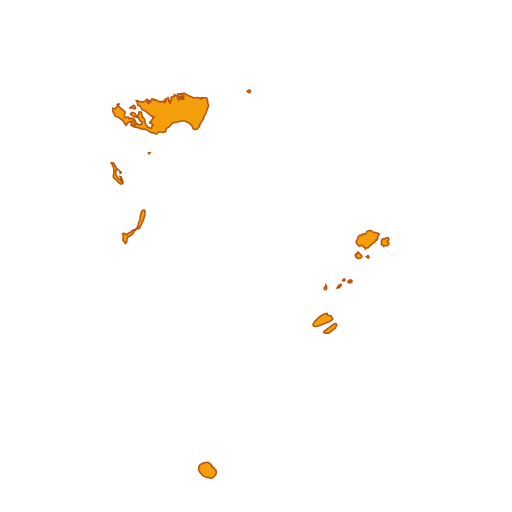 Kamaran, Al Hudaydah, Yemen (Albers equal-area conic projection), rotated 249°
{"feature_id": "15242507B40747525321849", "entity_name": "Kamaran", "entity_type": "district", "adm_level": 2, "iso_a3": "YEM", "parent_name": "Yemen", "parent_adm1": "Al Hudaydah", "projection": "albers", "projection_center": [42.46, 15.285], "detail": "fine", "context": "isolated", "style": "filled", "palette": "amber", "viewbox_px": 512, "rotation_deg": 249, "n_neighbors": 0, "source": "geoboundaries", "source_scale": "gbopen_adm2", "svg_char_len": 6157}
<svg xmlns="http://www.w3.org/2000/svg" viewBox="0 0 512 512"><g transform="rotate(249 256 256)"><path d="M442.6,174.1L436.9,174.7L434.7,177.3L430.2,180.2L424.9,181.3L424.4,181.7L426.0,183.6L426.4,184.8L426.1,186.8L425.2,187.9L425.8,187.9L426.7,186.1L426.2,188.1L425.4,188.8L421.7,190.1L421.2,188.9L421.8,188.1L423.5,187.3L423.6,186.7L424.5,186.7L423.4,186.2L422.4,186.5L420.9,188.1L419.7,188.8L418.3,191.5L415.6,194.7L413.9,198.2L408.8,202.4L407.3,204.8L405.5,206.7L406.6,209.4L405.8,212.0L404.6,213.4L404.4,216.0L407.0,218.0L407.5,219.0L407.5,220.6L410.0,225.4L408.7,235.1L407.6,237.8L404.2,241.1L400.9,242.8L397.4,242.9L396.3,243.7L395.7,244.7L395.7,246.5L396.7,248.9L400.0,251.9L402.4,255.6L404.3,257.2L405.1,257.5L406.6,259.8L413.6,265.9L415.2,265.6L419.2,266.7L420.7,266.7L421.6,266.0L423.2,262.3L423.4,260.4L423.2,261.0L423.0,260.8L422.8,262.1L422.4,261.9L422.3,261.1L424.7,258.8L425.8,254.8L429.8,250.6L433.7,247.5L435.2,240.9L434.2,241.2L434.7,241.5L434.6,242.2L433.5,243.3L432.2,246.2L430.9,246.1L430.4,245.2L431.7,243.5L432.0,242.4L431.5,242.1L431.5,242.7L430.4,243.7L430.4,244.3L429.2,245.0L428.4,244.7L429.0,243.6L428.8,243.0L429.4,242.0L429.8,242.2L429.7,242.6L430.8,241.4L429.7,241.8L430.3,240.6L429.8,240.0L430.6,240.3L431.5,239.1L433.0,239.8L432.1,241.5L435.9,237.5L434.6,237.2L434.2,236.7L434.9,234.9L434.2,233.2L431.9,233.3L431.7,232.8L432.1,232.7L430.8,231.8L430.6,231.2L429.6,230.7L429.3,231.3L429.4,230.8L429.7,230.6L428.8,230.4L429.7,230.2L430.6,231.1L431.5,230.1L431.9,230.7L432.2,230.2L434.1,230.9L435.3,230.7L434.8,230.3L435.0,229.6L434.6,229.4L434.9,227.9L434.3,228.2L433.8,227.7L434.3,226.2L432.8,225.8L432.3,226.6L432.0,225.7L432.9,225.8L433.1,224.8L434.0,224.3L433.7,223.4L434.5,222.2L434.2,222.0L434.5,221.4L437.6,218.5L437.0,217.9L437.1,217.5L438.7,217.1L440.1,215.3L440.0,214.8L438.7,214.7L438.7,212.8L437.5,212.5L436.9,210.1L438.5,209.5L438.9,211.2L439.8,211.1L439.9,211.5L441.6,209.9L440.2,208.5L440.6,206.8L440.2,205.7L441.9,202.5L443.3,201.4L443.9,199.9L442.6,200.2L439.0,199.7L438.3,200.8L435.9,201.9L433.8,201.9L430.9,204.7L424.1,208.5L421.6,211.3L422.4,209.6L421.2,208.7L419.3,206.1L419.4,205.2L418.0,204.5L417.5,205.8L415.1,206.9L414.7,205.3L412.9,204.4L412.8,203.7L414.3,201.9L417.6,200.3L420.0,200.2L423.6,201.0L427.0,199.8L431.4,200.6L432.2,199.3L432.4,198.1L430.7,197.7L429.4,195.2L430.0,194.4L432.3,194.1L434.1,192.7L434.4,191.2L433.7,189.7L432.6,189.9L429.9,192.1L428.0,194.7L428.0,195.5L423.9,196.1L421.8,197.9L419.7,195.9L420.4,195.3L420.6,193.2L421.5,192.9L421.3,192.6L422.4,191.5L423.3,191.8L424.4,191.3L424.8,192.0L427.2,191.4L426.3,189.6L427.1,190.5L428.6,190.7L429.3,189.1L429.1,188.0L429.6,187.7L429.5,186.9L430.8,187.1L431.8,186.2L432.0,183.4L434.4,183.4L437.0,185.4L437.6,185.4L444.9,181.4L446.5,181.8L446.9,182.7L447.4,182.0L447.1,180.7L446.0,180.5L444.1,177.9L444.2,176.9L445.4,175.3L444.6,175.3L442.6,174.1ZM238.3,360.7L237.2,358.2L235.3,357.0L233.8,354.6L231.6,354.4L228.1,355.9L228.1,358.7L227.5,359.2L226.5,359.3L224.5,360.7L223.4,360.5L224.2,361.6L223.6,362.7L223.6,363.9L224.4,365.0L224.9,367.4L225.5,367.8L226.2,371.2L227.7,373.5L227.5,374.1L228.3,374.0L228.2,375.1L228.9,376.1L230.6,376.3L231.5,378.0L232.0,378.5L232.6,378.3L232.6,378.8L234.1,377.4L234.4,376.5L235.0,376.1L236.7,373.3L237.8,373.1L239.3,371.2L239.1,368.1L237.8,366.9L237.2,365.7L238.1,364.7L238.3,363.0L237.1,362.2L237.8,360.8L238.3,360.7ZM77.5,125.9L74.0,126.1L72.3,127.0L71.7,126.8L70.3,127.4L66.7,130.8L66.4,132.2L65.0,133.6L64.6,134.8L64.9,137.5L66.5,140.3L68.0,141.3L70.6,141.9L72.2,141.0L73.5,140.8L74.1,140.3L74.2,139.6L75.5,139.6L75.4,139.2L76.2,139.5L76.9,138.9L77.3,139.3L78.0,139.0L79.2,138.5L79.8,137.4L80.6,137.3L81.8,132.7L81.5,132.5L81.4,129.3L80.0,127.3L77.5,125.9ZM177.5,298.7L176.6,293.9L173.9,287.3L171.8,284.7L170.0,284.5L168.7,286.4L168.3,291.1L168.5,301.6L169.1,304.5L169.9,305.2L173.0,304.7L175.5,301.4L176.8,301.9L177.5,298.7ZM322.2,139.3L318.4,137.3L316.6,138.2L314.5,138.4L315.2,140.2L318.4,141.8L319.8,143.6L319.8,145.4L320.8,148.8L322.9,151.5L323.8,154.2L323.6,156.6L324.0,157.6L329.9,163.7L333.4,166.4L336.9,168.3L338.1,168.4L339.1,168.0L339.3,166.4L338.3,164.8L333.7,161.7L331.8,161.0L330.4,159.9L329.6,158.5L327.1,157.3L326.4,156.1L325.9,156.3L325.0,155.4L324.9,154.5L324.3,154.3L324.2,149.7L323.2,147.4L322.9,144.0L322.1,143.2L322.4,142.4L324.3,141.5L324.7,139.4L322.2,139.3ZM384.4,153.0L381.5,151.2L380.0,151.0L376.9,152.9L373.6,154.0L371.6,155.6L371.4,157.1L372.0,158.1L372.9,158.5L378.4,158.4L379.1,157.4L376.8,157.6L376.0,157.2L375.2,157.8L373.6,157.9L373.3,157.5L378.5,155.0L382.1,154.4L383.9,154.8L386.0,155.9L386.3,156.8L385.7,158.5L388.0,157.3L393.5,156.4L394.4,155.9L394.6,154.6L395.6,153.8L394.6,154.3L390.4,154.7L388.5,154.5L384.4,153.0ZM164.0,306.6L164.8,305.0L161.4,292.8L160.4,291.8L158.9,293.2L157.9,296.7L160.3,304.2L162.8,306.7L164.0,306.6ZM225.1,378.5L222.0,377.2L220.6,377.8L219.9,378.8L219.4,378.8L219.7,379.2L218.6,382.1L219.6,384.4L220.4,384.7L222.3,383.7L222.7,383.8L223.3,385.7L224.7,386.1L225.8,385.9L226.2,383.2L225.9,382.0L226.6,381.3L226.3,379.7L225.1,378.5ZM222.1,351.9L221.4,350.5L222.1,350.2L222.0,349.7L221.4,349.0L220.6,348.8L218.8,349.1L217.1,350.3L216.5,352.6L217.2,354.6L217.8,354.9L222.6,353.1L223.3,352.3L222.6,351.7L222.1,351.9ZM439.9,196.5L440.6,195.5L439.2,190.4L439.3,192.4L436.7,195.7L437.3,196.7L439.9,196.5ZM199.4,332.8L198.8,332.6L197.9,333.0L197.9,334.2L197.5,333.5L197.2,334.0L197.3,336.1L198.2,336.8L200.2,335.7L199.4,332.8ZM200.1,308.0L199.4,309.4L200.5,310.4L203.2,311.2L204.0,310.9L202.8,310.3L201.8,308.0L200.1,308.0ZM412.8,309.9L413.6,308.9L413.0,306.8L411.2,307.5L410.7,308.6L411.6,309.9L412.8,309.9ZM198.8,322.3L197.4,321.4L197.6,320.7L197.1,320.2L196.5,322.0L197.1,323.4L197.9,323.8L197.8,324.5L198.3,325.3L199.3,325.0L198.1,322.9L198.2,322.4L198.8,322.3ZM202.8,330.5L203.0,329.0L202.4,328.7L202.2,328.0L201.6,328.4L201.0,329.9L201.9,330.6L202.8,330.5ZM215.8,358.9L213.9,359.9L214.5,361.2L216.0,361.0L216.3,360.3L215.3,360.2L215.8,358.9ZM383.7,159.1L381.9,158.8L381.7,159.5L382.5,160.1L383.4,159.8L383.7,159.1ZM390.4,194.1L390.8,192.5L389.8,192.5L389.7,193.1L390.4,194.1Z" fill="#f59e0b" stroke="#b45309" stroke-width="1.5"/></g></svg>